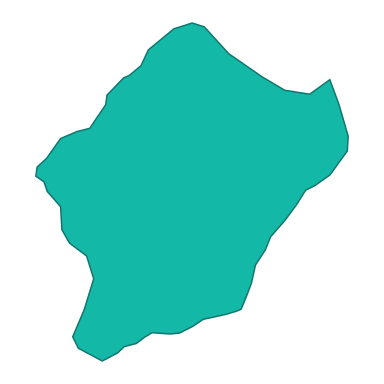 the district of Lekie, Centre, Cameroon
{"feature_id": "32672807B3101876589222", "entity_name": "Lekie", "entity_type": "district", "adm_level": 2, "iso_a3": "CMR", "parent_name": "Cameroon", "parent_adm1": "Centre", "projection": "mercator", "projection_center": [11.41, 4.138], "detail": "fine", "context": "isolated", "style": "filled", "palette": "teal", "viewbox_px": 384, "rotation_deg": 0, "n_neighbors": 0, "source": "geoboundaries", "source_scale": "gbopen_adm2", "svg_char_len": 877}
<svg xmlns="http://www.w3.org/2000/svg" viewBox="0 0 384 384"><path d="M329.8,79.7L309.6,94.2L288.9,90.9L284.8,90.3L262.7,77.2L261.2,76.2L228.7,53.7L205.8,28.5L204.3,26.9L192.2,23.0L173.9,28.8L148.4,49.8L141.0,65.7L129.3,75.4L123.6,77.9L107.0,95.1L105.7,104.7L96.2,118.7L89.8,128.3L77.1,131.5L60.6,138.5L46.6,158.3L37.1,167.1L35.8,176.2L44.0,181.9L47.2,191.4L60.6,206.7L61.9,229.7L69.5,243.1L71.3,244.5L86.6,256.0L93.7,278.8L84.1,310.0L72.7,336.8L78.4,348.3L102.3,361.0L117.8,352.8L124.2,346.6L136.4,343.5L144.3,337.4L152.0,332.7L169.8,334.0L179.4,333.1L192.5,326.5L203.3,319.3L216.8,316.4L225.7,314.4L236.2,311.3L241.1,309.3L246.0,297.5L251.4,283.3L255.5,265.0L265.4,249.8L270.6,236.8L284.8,220.6L296.0,205.5L305.7,190.2L314.7,185.7L329.9,175.0L347.3,151.0L348.0,139.4L348.2,136.2L339.2,105.3L338.6,103.4L329.8,79.7Z" fill="#14b8a6" stroke="#0f766e" stroke-width="1.5"/></svg>